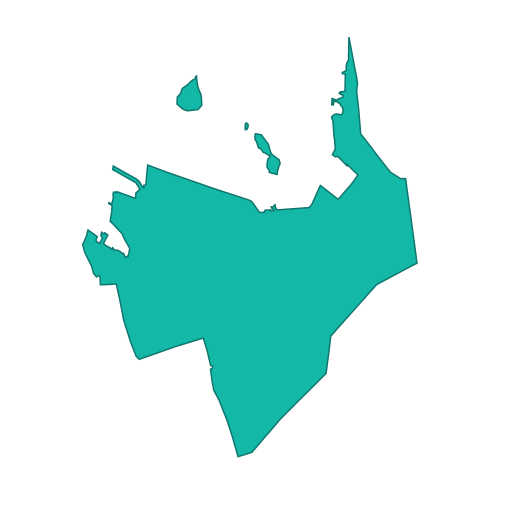 the district of Al Mu'alla, `Adan, Yemen, rotated 345°
{"feature_id": "15242507B93201212408360", "entity_name": "Al Mu'alla", "entity_type": "district", "adm_level": 2, "iso_a3": "YEM", "parent_name": "Yemen", "parent_adm1": "`Adan", "projection": "equal_earth", "projection_center": [45.013, 12.791], "detail": "fine", "context": "isolated", "style": "filled", "palette": "teal", "viewbox_px": 512, "rotation_deg": 345, "n_neighbors": 0, "source": "geoboundaries", "source_scale": "gbopen_adm2", "svg_char_len": 3852}
<svg xmlns="http://www.w3.org/2000/svg" viewBox="0 0 512 512"><g transform="rotate(345 256 256)"><path d="M402.4,68.6L396.0,90.8L393.8,93.0L392.6,95.1L391.7,98.0L391.4,99.9L389.5,100.7L388.0,100.9L387.2,101.0L386.6,101.5L386.7,102.3L387.6,102.5L389.0,103.3L389.1,104.3L384.6,119.9L381.6,119.6L380.4,119.3L380.4,120.2L378.9,119.8L378.5,120.2L379.1,121.4L380.4,122.2L381.8,123.8L381.0,125.0L378.6,125.3L377.4,125.6L376.1,125.5L374.5,126.4L371.9,125.0L371.8,124.4L370.2,123.6L368.3,129.5L369.8,130.1L371.1,126.9L371.2,126.2L372.5,127.3L374.5,128.1L375.2,129.4L376.3,130.2L377.1,133.3L377.9,134.1L377.8,135.9L378.2,137.6L377.0,139.3L376.5,140.7L375.1,141.7L372.2,140.4L370.5,139.6L368.4,139.6L366.5,140.4L364.9,141.4L365.0,143.2L365.3,145.3L362.2,161.2L361.9,165.0L360.2,173.3L356.0,177.8L358.3,180.8L359.9,180.9L361.0,181.3L367.2,192.3L367.8,191.0L372.3,199.0L375.4,203.9L372.7,206.5L365.9,211.9L359.6,216.0L351.2,221.8L349.7,222.1L336.4,204.5L323.2,220.7L319.8,223.0L288.0,216.9L287.5,213.6L287.6,211.4L285.2,213.0L283.4,212.5L283.8,214.8L285.0,215.3L284.9,216.9L281.9,216.4L281.9,215.2L276.6,214.1L275.5,215.8L274.1,215.6L271.3,215.1L270.5,214.5L266.6,203.7L265.7,201.9L263.4,200.0L231.0,178.8L190.6,151.3L174.9,140.1L167.9,159.0L166.0,158.6L165.5,159.8L165.5,160.9L164.5,160.8L163.2,156.2L162.3,153.3L160.0,150.3L141.4,132.1L140.0,135.5L159.0,154.2L161.1,161.6L156.3,164.0L154.6,169.2L148.9,165.3L140.0,159.0L137.8,157.8L137.7,158.8L135.0,157.4L134.0,158.8L133.1,163.4L131.2,166.6L130.9,167.8L129.9,167.9L127.6,166.5L127.4,167.3L129.7,169.4L129.8,170.8L128.0,176.1L124.1,184.8L125.8,187.4L132.3,199.6L133.4,206.2L134.0,208.3L136.0,215.8L135.1,217.9L133.7,221.0L132.7,222.4L132.2,223.4L131.6,222.9L130.3,223.8L129.2,222.4L128.7,219.0L127.7,219.2L127.1,218.2L126.4,217.8L126.3,216.9L124.8,215.4L123.7,214.6L122.9,214.3L121.3,213.8L119.6,212.7L120.2,212.1L119.7,210.9L118.4,211.9L117.5,210.7L113.3,206.7L111.9,204.4L118.3,197.5L116.0,194.4L114.9,195.4L113.0,193.1L111.5,195.9L112.3,199.0L108.3,203.2L105.8,201.1L105.5,199.3L107.7,196.2L100.5,187.4L99.2,189.6L97.5,192.7L92.8,198.8L91.5,200.0L91.5,203.4L91.5,207.7L92.6,213.7L94.6,223.5L94.6,230.7L96.5,234.9L99.2,234.1L99.9,236.5L98.2,243.5L105.4,245.2L113.8,246.8L113.1,263.1L111.6,284.0L112.6,306.2L114.3,321.9L116.5,325.6L153.5,322.7L183.9,321.6L184.3,334.9L183.8,350.0L185.6,351.3L184.6,353.4L182.7,353.5L181.0,367.4L180.5,374.7L183.1,386.2L185.5,407.4L186.4,424.7L186.7,445.2L194.1,444.9L201.2,444.6L213.0,436.5L219.1,432.2L221.5,430.7L229.9,425.0L237.4,419.7L240.6,417.9L261.1,406.0L277.1,396.9L293.3,387.5L301.5,367.7L304.3,360.6L307.5,352.7L312.6,349.4L313.8,348.5L325.3,340.9L333.3,335.7L365.0,314.9L368.7,314.0L399.1,306.9L409.6,304.6L410.6,297.4L415.5,259.6L417.6,242.8L419.5,227.8L420.2,223.0L420.5,220.0L418.3,219.3L415.8,218.8L412.0,214.7L411.2,213.8L407.6,210.0L404.2,202.1L401.2,195.0L399.4,190.7L397.0,184.9L396.2,182.8L393.8,177.0L388.7,165.1L389.7,159.7L393.0,141.7L394.9,129.2L395.9,122.5L398.8,115.5L399.6,107.4L399.7,104.9L401.8,76.9L402.4,68.6ZM244.0,90.3L244.6,86.1L243.8,79.8L243.6,78.0L244.1,73.0L244.6,69.3L245.1,66.8L244.0,67.3L242.7,69.4L240.2,69.6L234.5,72.7L228.1,75.2L225.0,79.7L221.2,82.0L219.0,88.7L221.4,92.4L223.5,95.4L227.4,98.0L237.7,99.6L242.6,96.4L244.0,90.3ZM300.3,177.1L301.7,174.7L303.1,173.2L303.3,171.2L303.2,168.9L301.5,166.8L297.6,161.9L296.9,158.7L296.9,151.3L292.5,140.3L288.7,138.4L287.0,137.8L286.4,139.1L285.7,140.8L285.3,143.7L286.1,145.6L286.4,152.3L287.9,153.3L288.6,154.3L289.1,155.7L289.9,157.9L291.3,158.7L293.8,161.4L295.8,163.0L292.6,165.5L290.6,169.6L289.7,173.2L290.3,175.2L290.9,176.7L290.4,178.5L292.1,179.7L297.4,182.7L298.9,179.2L300.3,177.1ZM279.3,131.4L280.5,131.0L282.2,128.3L282.3,126.4L281.0,124.9L279.5,126.2L279.6,127.0L278.6,129.5L278.8,130.3L278.3,131.2L279.3,131.4Z" fill="#14b8a6" stroke="#0f766e" stroke-width="1.5"/></g></svg>